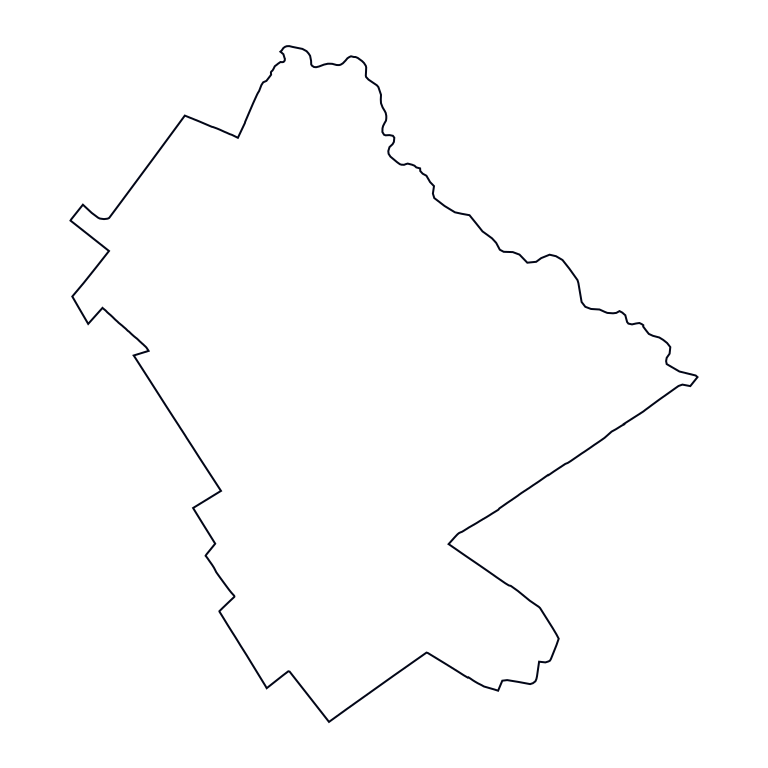 Comisani, Dâmbovita, Romania
{"feature_id": "2599482B43489877129749", "entity_name": "Comisani", "entity_type": "district", "adm_level": 2, "iso_a3": "ROU", "parent_name": "Romania", "parent_adm1": "Dâmbovita", "projection": "orthographic", "projection_center": [25.562, 44.869], "detail": "fine", "context": "isolated", "style": "outline", "palette": "ink", "viewbox_px": 768, "rotation_deg": 0, "n_neighbors": 0, "source": "geoboundaries", "source_scale": "gbopen_adm2", "svg_char_len": 5881}
<svg xmlns="http://www.w3.org/2000/svg" viewBox="0 0 768 768"><path d="M484.0,686.5L494.4,689.5L498.1,690.7L502.3,680.7L507.2,680.1L518.8,682.0L530.1,684.1L532.9,683.2L535.4,681.3L536.4,679.0L537.0,676.3L539.1,661.7L545.4,662.4L548.6,661.4L550.0,660.6L551.0,658.8L556.4,645.3L558.7,638.7L556.5,634.5L552.7,628.1L540.1,608.1L539.0,607.0L529.8,600.7L524.3,596.2L517.8,590.9L510.8,585.9L508.8,585.4L505.2,583.2L496.5,577.2L487.4,570.8L477.1,563.7L465.8,556.0L448.6,544.1L454.5,537.5L457.3,534.5L458.8,533.2L459.4,532.9L460.4,532.4L461.2,532.1L462.0,531.8L464.0,530.6L465.7,529.5L466.4,529.1L467.5,528.4L468.7,527.6L476.2,523.3L478.0,522.2L479.7,521.1L482.1,519.7L482.8,519.2L483.7,518.8L484.6,518.2L485.7,517.6L487.5,516.5L489.6,515.2L491.9,513.7L498.1,509.9L498.5,509.6L498.9,509.0L499.4,508.4L507.1,503.0L515.8,497.1L516.8,496.4L517.4,496.0L518.1,495.5L519.1,494.7L521.5,493.0L521.6,492.9L522.1,492.6L522.6,492.3L523.2,491.9L523.6,491.6L526.6,489.7L527.4,489.1L527.9,488.8L528.1,488.7L528.6,488.4L531.9,486.1L532.1,486.0L532.6,485.6L538.5,481.7L539.8,480.8L540.5,480.3L548.0,475.0L548.2,475.3L549.2,474.7L553.8,471.5L565.3,463.9L567.6,463.0L568.3,462.6L570.8,461.0L581.8,453.4L584.3,451.8L590.6,447.5L594.7,444.6L595.2,444.3L598.9,441.8L604.5,437.9L611.6,431.6L615.8,429.3L616.3,429.0L621.9,425.5L623.5,424.7L624.1,424.4L623.8,424.0L628.0,421.3L634.1,417.4L643.0,411.7L644.1,410.9L645.2,410.0L648.9,407.3L651.8,405.1L658.6,400.1L661.4,398.1L670.9,391.4L675.5,388.1L678.5,386.0L682.4,384.6L690.3,386.1L697.5,377.1L695.7,375.5L679.4,371.5L666.7,364.1L666.1,361.1L666.7,357.8L669.6,353.7L670.3,347.1L667.1,343.0L663.2,339.9L659.3,337.5L652.9,335.8L648.8,333.9L646.2,330.6L643.2,326.6L643.3,325.2L641.7,324.1L639.4,323.0L636.0,323.5L632.0,324.4L628.4,323.6L627.1,322.0L626.1,318.3L625.3,315.2L624.2,314.3L622.3,312.6L619.5,311.1L616.3,312.9L613.0,313.3L607.3,312.9L604.8,311.9L599.5,309.5L591.5,309.0L590.8,308.9L585.3,306.8L581.6,302.0L578.4,283.1L577.5,280.1L569.3,268.6L562.5,260.0L556.0,256.2L549.6,254.7L541.2,258.1L536.2,261.8L527.3,262.7L519.5,254.6L512.8,252.1L503.7,251.8L499.8,249.7L496.2,242.9L492.0,238.3L482.5,231.4L476.3,223.6L469.5,215.2L461.8,213.8L454.9,212.3L444.6,206.0L434.3,198.1L432.9,193.6L434.0,186.1L430.1,182.1L426.4,175.7L422.7,173.7L420.3,171.1L420.1,168.4L416.3,167.4L414.5,165.7L412.0,164.7L407.7,163.6L405.9,164.1L404.1,164.8L401.5,164.7L399.9,164.2L397.1,162.2L390.4,156.6L388.6,153.8L388.3,151.1L389.5,147.1L392.6,144.2L393.9,141.9L394.3,137.7L392.9,135.8L389.6,135.1L385.5,135.3L384.0,134.7L382.4,132.0L382.5,128.3L383.1,126.0L384.5,123.2L386.0,120.6L386.3,118.2L386.3,115.9L385.7,112.9L384.8,111.1L382.6,107.4L381.0,103.2L380.8,99.5L381.0,94.8L378.4,87.1L376.9,85.3L372.6,82.4L368.5,79.6L366.1,77.0L365.8,75.7L366.0,72.2L366.2,67.4L365.8,65.8L364.0,63.0L362.1,61.1L357.7,57.9L355.5,57.0L353.9,57.0L351.0,56.3L349.4,57.0L347.4,58.3L345.6,60.5L342.9,63.3L340.6,64.7L339.0,65.1L336.6,65.0L332.1,63.8L328.0,63.7L324.0,64.6L319.0,66.5L316.1,67.2L314.0,67.0L312.0,65.7L311.2,64.4L311.1,60.9L310.1,55.8L308.6,53.5L306.6,51.2L302.4,48.9L292.5,46.9L289.3,46.1L286.8,46.2L285.1,46.8L283.4,48.0L281.7,50.5L280.4,51.7L281.4,52.5L283.4,54.2L284.6,58.2L284.9,58.8L284.7,60.6L283.6,61.9L282.8,62.1L281.2,62.1L280.5,62.0L279.2,62.9L277.9,63.8L276.6,64.9L275.9,65.4L275.2,65.9L274.7,66.4L274.0,67.9L273.1,69.6L272.5,70.5L271.3,71.6L271.0,72.1L270.9,72.8L271.0,73.6L271.1,74.3L271.1,74.7L270.8,75.0L270.7,75.3L266.4,80.9L263.2,82.3L261.4,85.1L259.2,90.8L258.8,91.6L258.2,92.4L257.1,94.5L253.2,103.1L249.5,111.7L245.1,122.0L245.0,122.8L237.9,137.8L232.0,134.9L230.6,134.4L229.9,134.2L226.4,132.6L224.9,132.0L224.0,131.6L220.1,129.8L217.0,128.5L212.9,127.0L212.1,126.9L210.2,126.1L199.2,121.4L184.8,115.6L178.6,124.1L151.8,160.5L119.7,203.8L109.2,217.9L107.8,218.6L106.6,218.8L104.0,219.1L101.6,218.8L99.7,218.5L98.1,217.7L91.7,212.9L87.1,208.6L82.9,204.7L71.2,219.4L70.5,220.6L73.8,223.2L109.0,251.0L96.5,266.9L83.9,282.7L72.3,296.5L78.7,307.6L88.2,323.9L102.5,307.9L102.9,308.3L105.6,310.5L107.6,312.6L108.0,312.9L109.0,313.8L110.7,315.2L111.1,315.6L111.7,316.2L112.1,316.5L112.8,317.2L113.6,318.0L114.0,318.4L114.4,318.8L115.2,319.6L116.1,320.4L117.0,321.2L117.8,321.9L118.2,322.4L119.5,323.5L119.9,323.8L121.0,324.7L121.6,325.2L122.4,325.8L123.2,326.6L123.7,327.0L125.1,328.2L125.6,328.6L126.8,329.8L127.7,330.7L128.3,331.2L128.7,331.4L129.6,332.2L129.9,332.5L130.5,333.1L130.9,333.5L132.2,334.7L133.1,335.5L134.0,336.3L135.0,337.1L136.1,338.0L136.6,338.3L137.1,338.8L138.0,339.6L138.8,340.4L139.7,341.3L140.6,342.1L141.5,342.9L142.1,343.5L142.7,344.0L143.1,344.3L144.0,345.2L144.4,345.6L145.1,346.2L145.3,346.4L145.6,346.7L146.0,347.1L146.4,347.5L148.5,350.7L148.6,350.9L134.0,355.4L133.7,355.5L134.2,356.2L141.0,366.8L148.2,378.0L148.4,378.3L157.6,392.7L165.9,405.7L166.1,406.0L173.2,417.0L179.2,426.2L179.6,426.9L180.0,427.5L180.5,428.3L181.5,429.8L181.9,430.4L182.1,430.7L186.2,437.1L186.4,437.5L192.7,447.2L199.9,458.5L200.1,458.8L221.0,490.9L220.5,491.2L193.4,507.8L193.1,508.0L194.8,510.8L203.0,524.1L208.3,532.6L214.9,543.2L215.2,543.7L208.6,551.8L206.4,554.5L205.6,555.8L206.2,556.5L207.7,558.5L209.2,560.7L212.1,564.8L213.9,567.6L215.1,569.9L215.8,571.3L216.3,572.3L220.1,577.6L223.6,582.4L226.4,586.2L229.0,589.7L231.4,592.7L234.2,595.8L234.3,596.2L234.4,596.5L234.3,596.9L231.3,599.7L227.2,603.6L222.5,608.1L219.4,611.2L219.5,611.7L221.8,615.4L227.8,625.2L232.0,631.9L235.2,636.9L237.0,639.8L240.6,645.7L246.5,655.0L251.2,662.7L256.1,670.7L264.8,684.9L265.3,685.7L266.7,688.2L267.2,687.8L283.3,675.1L288.3,671.3L289.6,671.6L309.2,696.6L329.0,721.9L329.4,721.6L346.7,709.1L355.7,702.7L392.1,676.8L392.4,676.6L392.5,676.5L426.5,652.6L427.8,653.0L445.0,663.5L458.5,671.9L463.8,675.3L467.9,677.7L468.4,677.3L470.3,678.5L473.2,680.5L475.3,681.8L477.9,683.3L480.7,684.7L481.7,685.2L482.9,685.9L484.0,686.5Z" fill="none" stroke="#020617" stroke-width="2"/></svg>